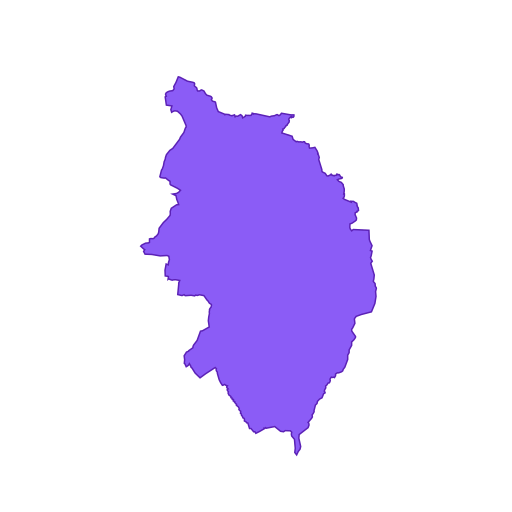 Mioarele, Arges, Romania (orthographic projection), rotated 62°
{"feature_id": "2599482B82004798024884", "entity_name": "Mioarele", "entity_type": "district", "adm_level": 2, "iso_a3": "ROU", "parent_name": "Romania", "parent_adm1": "Arges", "projection": "orthographic", "projection_center": [25.1, 45.232], "detail": "fine", "context": "isolated", "style": "filled", "palette": "violet", "viewbox_px": 512, "rotation_deg": 62, "n_neighbors": 0, "source": "geoboundaries", "source_scale": "gbopen_adm2", "svg_char_len": 6112}
<svg xmlns="http://www.w3.org/2000/svg" viewBox="0 0 512 512"><g transform="rotate(62 256 256)"><path d="M354.4,346.4L354.6,346.0L354.7,343.9L355.9,343.4L357.2,342.2L357.6,343.1L358.1,343.5L360.3,343.0L360.2,344.0L361.2,344.4L362.9,344.1L363.9,345.0L366.0,345.2L368.2,344.1L369.2,344.6L369.7,344.5L370.3,343.8L371.3,344.3L371.6,344.2L371.9,343.4L372.3,343.3L373.3,344.1L374.5,343.2L374.7,343.6L377.0,343.2L377.8,342.8L378.6,343.4L381.0,342.4L383.0,342.5L383.6,343.2L385.1,342.8L385.8,342.4L387.6,343.5L387.8,343.2L388.1,343.1L390.0,343.6L390.8,343.3L392.9,343.5L393.6,342.8L394.4,342.7L396.2,343.7L397.7,342.7L399.0,342.5L399.6,341.6L405.3,342.7L406.0,341.4L410.1,340.6L410.6,339.5L412.5,339.4L412.6,335.2L412.4,329.9L411.8,329.8L412.2,328.8L412.1,328.1L412.8,328.0L415.4,319.5L422.3,316.6L424.1,314.2L423.9,312.2L426.5,307.7L428.4,307.2L429.8,308.4L431.7,309.0L435.9,308.1L444.2,311.6L447.7,314.0L450.7,313.5L448.4,310.4L447.3,307.9L445.2,306.0L436.9,303.7L433.9,301.7L432.0,290.6L430.1,288.5L428.4,287.9L427.4,288.2L425.5,283.3L424.6,281.8L422.6,281.0L422.0,279.6L420.8,277.8L419.8,277.4L415.5,273.5L414.9,271.4L413.2,270.0L412.2,267.1L412.2,264.3L409.3,260.9L409.3,259.3L408.7,259.0L407.5,259.2L406.4,258.2L405.2,256.3L403.5,255.6L403.1,253.9L402.0,252.0L402.4,250.8L401.7,249.7L400.7,248.8L399.5,248.6L398.3,246.4L399.2,245.4L399.4,244.4L400.2,243.8L399.1,242.0L397.6,241.2L397.3,239.1L398.0,237.8L398.4,234.8L398.1,233.3L397.0,232.2L395.9,229.8L390.4,223.6L386.6,221.6L385.1,219.2L382.6,217.8L379.8,213.5L376.8,211.9L375.9,208.8L374.7,206.5L373.8,205.9L367.2,206.7L365.6,205.9L364.8,204.3L361.9,200.3L357.8,198.7L357.2,197.9L356.9,196.9L356.3,196.1L357.1,190.4L359.5,180.3L353.7,173.3L348.0,169.0L343.5,167.1L341.2,165.0L340.3,164.7L338.8,164.9L336.2,163.8L334.5,164.2L333.4,164.3L331.6,162.7L328.3,160.5L316.3,158.1L315.2,155.8L312.6,155.9L311.1,155.6L310.8,155.3L310.0,154.3L306.2,151.2L304.9,152.4L303.6,151.1L301.4,148.7L296.4,148.5L294.6,148.2L286.3,144.2L278.3,157.7L278.7,159.7L276.3,160.1L274.9,159.8L271.8,158.0L272.1,155.8L271.7,152.0L271.3,150.5L269.7,149.4L266.0,149.1L264.4,148.1L264.5,146.0L264.0,145.9L264.2,145.4L263.8,144.0L262.4,143.6L262.0,143.3L261.1,143.1L260.0,143.4L259.2,143.0L258.6,143.1L257.9,142.6L256.7,142.3L254.9,143.6L253.6,144.2L252.2,146.5L253.1,146.7L247.7,151.2L246.0,152.0L245.3,150.6L244.5,149.8L242.5,148.7L242.4,148.7L242.3,149.3L240.1,147.6L238.2,146.6L235.0,146.0L234.0,145.5L231.1,146.1L229.0,147.8L226.9,148.4L226.9,147.3L227.1,146.0L227.6,144.6L227.7,143.7L227.5,143.1L227.1,142.9L226.4,143.7L225.6,144.1L223.4,144.2L223.1,144.4L222.9,145.5L222.2,145.5L221.6,146.2L222.4,147.3L221.7,149.0L221.9,149.4L220.5,150.5L220.6,150.9L219.5,151.3L219.0,151.3L219.3,152.0L219.2,154.7L218.7,155.6L218.3,155.8L215.5,156.1L212.8,158.0L211.9,157.9L210.6,157.3L200.2,155.3L198.7,153.9L195.9,153.4L195.3,153.7L194.7,153.5L194.8,153.2L194.6,153.0L191.8,152.7L187.7,153.0L187.1,155.2L185.9,158.1L184.1,157.7L183.6,157.2L182.3,156.8L181.7,157.0L180.9,158.2L179.9,159.2L179.3,159.5L177.9,159.5L177.4,160.3L177.3,161.6L176.3,162.7L175.2,164.9L174.3,165.6L173.9,166.5L174.0,166.9L170.5,168.5L167.2,167.9L159.5,175.4L158.1,174.1L157.6,173.0L156.5,172.8L156.7,171.9L156.5,171.0L156.1,170.6L155.6,168.9L155.0,168.4L154.9,167.4L155.1,167.0L154.4,166.3L153.3,163.9L152.0,163.0L150.8,163.0L150.1,162.2L149.5,160.4L149.4,159.4L149.5,159.2L150.5,159.7L150.6,158.5L150.7,157.8L150.9,157.7L150.3,156.8L149.2,156.3L147.6,159.2L141.9,166.5L142.7,168.2L142.9,169.6L142.8,169.9L141.2,170.8L140.9,171.4L140.8,173.8L139.7,176.8L139.6,178.5L130.6,189.1L129.6,190.8L129.5,191.3L129.3,191.1L128.1,192.3L128.5,192.6L129.5,194.4L129.0,195.5L128.4,196.4L128.0,197.3L126.8,199.1L127.6,199.8L127.8,202.9L125.5,202.5L123.9,203.3L124.0,206.6L123.1,207.9L123.3,209.1L121.3,208.7L120.8,211.5L119.1,213.4L118.5,213.4L116.6,216.3L116.7,217.1L116.1,217.1L110.8,221.5L106.8,221.2L101.2,219.6L100.6,219.8L99.0,221.6L98.2,221.9L96.9,221.9L96.3,220.9L95.8,220.6L94.5,220.7L93.7,221.1L90.9,223.9L89.0,224.4L85.9,224.5L84.1,225.8L83.6,226.4L83.8,227.2L83.8,228.3L82.9,230.0L82.1,230.1L80.1,229.5L79.4,229.5L77.2,230.5L76.7,230.5L75.1,229.3L74.0,229.3L73.0,230.2L69.4,234.5L62.4,239.3L61.3,240.5L65.2,245.2L67.8,249.1L70.0,249.8L70.9,251.9L69.8,255.0L69.6,256.6L69.7,258.5L70.6,259.9L72.8,260.2L72.6,260.9L72.9,261.5L80.7,264.3L84.0,259.8L86.8,262.5L89.5,263.0L89.4,261.1L89.7,259.5L91.3,257.4L95.1,256.0L97.8,255.6L108.0,256.5L109.3,257.1L109.9,258.3L113.1,261.7L115.6,266.9L117.1,268.7L121.9,278.9L122.3,282.5L124.4,287.4L126.3,289.5L127.9,290.7L129.6,292.8L132.8,295.3L135.2,297.9L135.8,299.1L140.9,303.7L142.0,303.3L144.2,300.4L144.4,299.5L144.7,299.2L148.5,297.6L149.1,297.0L150.0,297.0L152.1,298.1L153.1,298.0L159.3,293.6L162.5,291.8L163.4,294.3L163.5,296.8L162.2,300.5L165.2,298.3L168.9,299.4L172.6,299.8L174.3,300.2L173.5,302.1L174.1,308.4L176.3,310.8L178.6,311.9L179.8,312.8L181.7,317.5L183.0,322.1L186.0,328.5L189.1,330.6L190.4,331.8L191.6,334.5L191.7,336.2L192.4,337.6L192.4,338.7L191.2,340.7L190.9,342.0L194.0,343.7L194.0,344.6L192.8,347.5L192.7,351.6L193.2,353.2L197.3,351.8L198.2,351.3L199.2,353.1L202.3,353.1L205.7,347.3L210.9,340.6L213.8,334.3L215.3,333.1L218.6,334.2L220.4,336.1L222.6,337.6L220.9,339.1L225.8,343.0L231.0,345.5L232.7,343.2L233.1,343.0L235.3,344.6L235.2,343.9L237.5,341.9L238.1,341.1L238.3,340.0L239.2,338.1L241.8,334.8L243.5,336.9L244.5,337.4L253.3,343.2L256.2,339.9L256.4,337.7L257.8,337.1L258.0,336.7L260.2,331.7L262.4,328.9L262.2,327.6L263.3,326.3L263.7,324.1L266.5,320.6L272.1,319.9L273.1,319.5L275.8,319.3L277.7,318.2L278.4,318.3L280.0,319.6L280.8,321.4L281.4,322.2L281.8,322.3L283.4,323.5L285.0,324.2L287.7,326.4L290.8,328.5L296.7,330.6L296.9,338.4L296.3,340.3L302.9,347.6L305.3,352.8L306.2,354.0L307.4,354.8L308.0,359.8L308.4,360.1L308.2,362.5L310.4,366.3L314.1,367.7L317.1,369.7L317.9,369.4L321.0,369.6L320.9,367.9L320.6,366.6L319.8,365.4L322.5,365.3L323.7,365.6L325.0,365.1L330.8,364.7L337.3,362.6L336.3,355.7L335.3,344.4L337.0,343.9L337.7,344.6L338.7,344.9L340.3,344.7L341.8,345.3L348.0,346.6L351.3,346.7L354.4,346.4Z" fill="#8b5cf6" stroke="#5b21b6" stroke-width="1.5"/></g></svg>